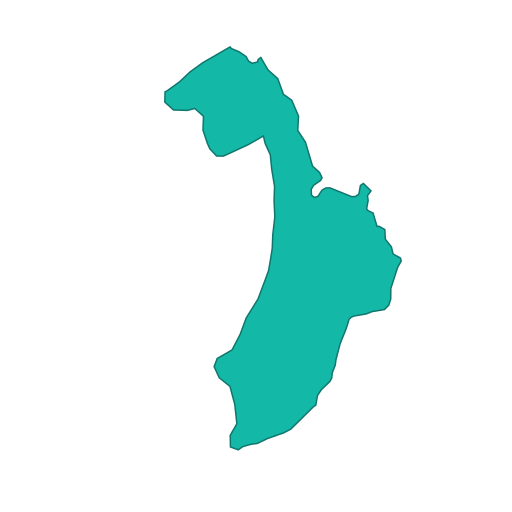 Kosong, Kangwŏn-do, North Korea, rotated 20°
{"feature_id": "82179303B58420780140205", "entity_name": "Kosong", "entity_type": "district", "adm_level": 2, "iso_a3": "PRK", "parent_name": "North Korea", "parent_adm1": "Kangwŏn-do", "projection": "robinson", "projection_center": [128.195, 38.62], "detail": "fine", "context": "isolated", "style": "filled", "palette": "teal", "viewbox_px": 512, "rotation_deg": 20, "n_neighbors": 0, "source": "geoboundaries", "source_scale": "gbopen_adm2", "svg_char_len": 1774}
<svg xmlns="http://www.w3.org/2000/svg" viewBox="0 0 512 512"><g transform="rotate(20 256 256)"><path d="M114.4,132.9L117.7,142.6L128.5,147.0L141.6,142.7L148.1,138.3L158.9,142.7L163.1,155.8L171.7,166.7L176.0,171.1L184.7,175.5L191.2,173.3L200.0,164.6L210.9,153.7L221.9,140.7L226.2,147.2L234.8,156.0L241.1,169.1L249.7,184.4L253.9,197.5L260.3,212.8L264.5,230.3L268.7,243.4L270.8,254.3L272.8,265.2L272.8,276.1L272.6,295.7L268.0,317.5L267.9,335.0L265.6,352.5L254.6,365.5L254.5,374.3L263.1,383.0L276.1,387.4L286.8,402.7L295.4,420.2L293.1,433.3L297.3,444.2L305.6,444.2L308.9,439.5L311.4,437.7L316.1,434.4L320.4,432.2L321.3,431.7L322.5,430.5L329.1,423.7L342.5,412.7L344.9,410.1L347.9,406.8L350.1,402.2L352.5,397.2L361.5,378.1L363.2,375.7L361.5,366.0L362.5,361.9L363.3,358.8L368.3,348.8L368.9,344.8L367.6,339.5L367.6,338.9L367.8,331.7L367.1,328.2L366.6,326.1L365.6,315.6L365.1,310.4L365.1,307.4L365.2,304.2L365.4,299.1L365.6,293.6L365.4,288.6L365.1,283.6L366.6,280.7L369.1,278.6L379.3,272.8L384.2,268.5L395.0,262.4L397.6,256.8L397.3,250.3L393.8,240.4L393.0,218.1L394.2,211.1L392.4,208.5L384.1,207.2L380.1,201.1L371.8,196.0L368.0,187.1L361.6,186.0L359.6,186.8L351.3,175.6L345.5,175.0L343.8,173.8L342.4,165.5L340.1,161.1L341.8,155.5L332.1,151.1L330.0,154.0L331.5,162.6L329.2,166.0L325.6,167.5L302.2,166.7L298.3,168.2L295.6,171.4L295.3,172.3L293.8,178.8L290.8,181.0L287.3,179.8L285.1,174.4L285.9,170.0L290.9,162.8L291.3,159.9L287.2,155.8L278.4,152.2L263.5,132.1L252.3,123.8L248.4,110.9L248.1,110.0L236.3,97.4L226.5,94.7L215.8,81.9L203.6,77.0L192.6,67.8L190.8,70.7L191.1,73.1L186.5,76.2L182.2,75.3L178.5,72.0L170.4,69.9L166.8,69.7L162.0,69.5L160.1,68.4L150.9,79.4L139.9,92.5L131.1,105.5L124.5,118.6L115.6,131.7L114.4,132.9Z" fill="#14b8a6" stroke="#0f766e" stroke-width="1.5"/></g></svg>